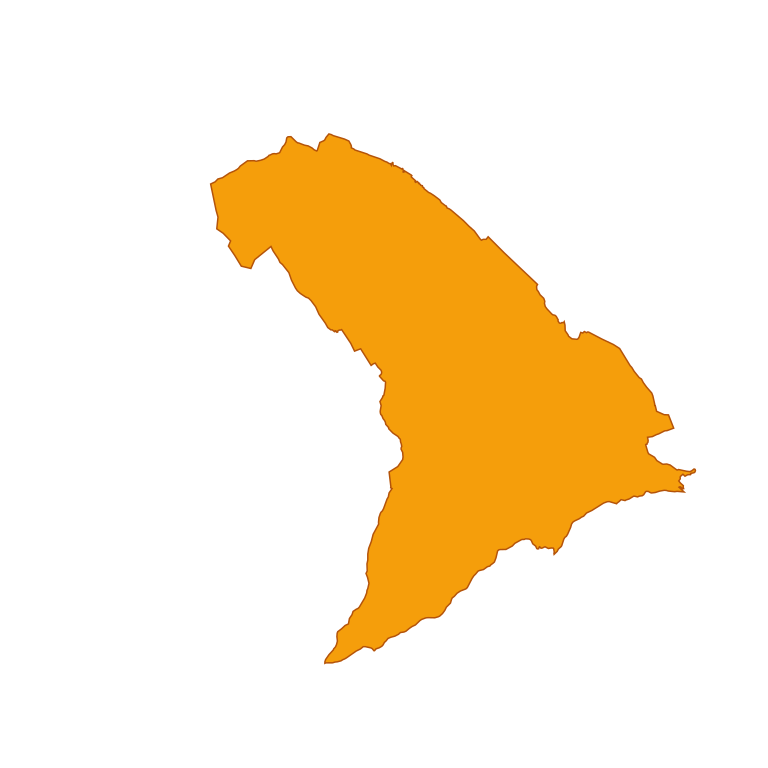 the district of Gradistea, Vâlcea, Romania, rotated 234°
{"feature_id": "2599482B19326472109269", "entity_name": "Gradistea", "entity_type": "district", "adm_level": 2, "iso_a3": "ROU", "parent_name": "Romania", "parent_adm1": "Vâlcea", "projection": "equal_earth", "projection_center": [23.805, 44.907], "detail": "fine", "context": "isolated", "style": "filled", "palette": "amber", "viewbox_px": 768, "rotation_deg": 234, "n_neighbors": 0, "source": "geoboundaries", "source_scale": "gbopen_adm2", "svg_char_len": 6171}
<svg xmlns="http://www.w3.org/2000/svg" viewBox="0 0 768 768"><g transform="rotate(234 384 384)"><path d="M207.2,590.8L207.5,590.4L208.9,591.3L216.3,594.5L219.3,595.3L227.3,594.6L232.7,594.6L236.7,595.2L239.2,594.2L247.2,593.8L251.7,594.2L254.2,593.9L274.2,595.5L281.1,592.8L292.3,586.7L305.8,580.0L306.4,579.2L306.5,578.0L308.7,576.9L308.4,574.8L310.1,573.5L307.1,569.2L306.5,567.1L306.8,566.3L310.1,562.6L314.1,561.4L315.7,561.8L320.6,561.9L325.2,565.0L328.5,566.4L328.2,565.6L328.4,564.8L329.1,564.2L329.2,563.0L329.7,562.1L330.3,561.7L332.8,561.8L333.5,562.6L337.5,563.1L339.1,562.7L340.7,561.3L341.9,560.9L349.0,560.0L351.9,560.0L354.9,561.2L356.4,562.7L359.4,563.6L364.5,562.7L368.2,563.2L370.5,563.1L373.0,564.6L373.8,565.5L374.2,566.7L374.5,566.7L419.7,558.3L441.9,554.8L441.0,551.7L442.7,549.3L443.1,547.3L444.8,547.0L454.7,547.0L462.0,545.4L469.3,544.3L485.5,540.4L487.4,539.7L489.3,538.5L491.4,539.0L492.0,538.5L497.1,537.0L500.1,537.3L506.5,535.4L511.0,533.7L512.7,532.7L518.0,531.3L518.7,531.2L519.5,531.6L520.9,531.0L521.9,531.6L523.2,530.5L524.1,530.7L525.4,530.1L525.7,530.5L526.2,530.0L526.8,530.2L528.3,529.9L528.5,528.2L529.4,528.0L529.9,529.0L535.3,527.8L535.9,528.2L536.2,529.0L537.0,528.9L543.3,526.3L544.1,524.1L544.4,524.1L544.6,525.8L546.5,525.1L546.9,525.7L547.4,525.7L547.7,524.7L553.9,521.6L554.8,520.0L556.3,520.3L557.8,521.3L558.1,521.2L558.1,520.4L557.3,519.9L557.7,519.3L556.8,518.5L558.5,518.7L559.4,517.7L561.8,516.8L563.5,515.6L568.6,513.1L577.9,506.5L580.1,505.5L590.3,498.1L591.9,497.7L594.3,496.4L595.6,497.4L597.3,497.9L601.2,498.4L605.4,496.0L614.8,488.9L616.7,488.0L618.7,486.4L617.6,482.1L616.2,479.3L616.3,477.8L617.1,474.1L612.1,467.2L612.1,466.5L614.4,465.2L617.3,464.5L621.2,462.6L623.9,460.1L629.1,456.7L629.8,455.9L631.6,455.3L638.8,454.1L640.2,452.0L640.5,451.2L640.2,449.9L637.4,447.0L636.0,444.3L635.4,441.2L632.5,435.6L632.6,434.9L633.6,432.0L635.0,430.5L635.8,428.9L636.2,426.4L636.6,425.5L636.2,423.9L636.4,419.3L637.5,415.7L639.4,411.5L641.0,410.2L644.8,404.7L644.8,395.8L644.0,393.0L644.0,391.0L644.3,388.1L645.5,383.0L645.8,374.6L647.5,370.1L646.8,366.2L647.7,361.3L623.1,350.2L616.6,347.8L607.8,339.9L600.5,342.5L589.9,344.0L587.0,339.2L575.6,338.8L563.2,337.8L555.7,344.2L560.6,352.5L561.7,373.4L556.8,372.5L547.3,372.1L543.4,371.3L540.3,372.1L530.0,372.5L522.4,370.2L513.7,368.8L510.4,368.7L506.5,369.5L502.9,370.8L500.1,371.9L497.9,373.4L494.5,374.0L486.6,374.1L478.6,372.4L467.9,372.3L462.7,371.7L459.1,372.8L458.1,374.0L455.4,374.7L455.2,375.0L455.3,375.6L455.7,375.9L455.5,376.1L453.5,376.3L453.3,376.9L454.1,377.1L453.8,377.7L454.2,378.4L453.7,379.9L453.1,380.7L452.9,381.7L436.4,381.0L427.9,379.5L426.2,385.8L406.6,384.5L406.6,387.3L406.0,389.2L401.4,389.0L396.8,389.7L395.0,389.1L393.8,387.9L393.4,386.9L393.4,385.3L392.9,384.9L386.9,385.5L385.5,386.5L384.5,386.3L379.8,382.4L375.2,377.5L374.9,376.8L375.0,376.1L374.0,374.9L372.2,370.4L368.2,369.0L364.2,364.9L362.7,364.0L361.2,363.5L359.8,363.7L356.5,362.9L355.0,363.0L352.7,362.8L350.2,361.7L346.1,362.1L345.0,361.5L339.0,362.4L333.3,364.5L331.3,364.4L329.7,364.7L327.5,363.4L325.2,362.7L323.1,361.7L322.2,360.3L321.2,359.5L317.7,358.9L313.8,356.5L311.9,354.7L309.1,346.6L309.8,336.4L296.9,329.2L296.1,328.4L294.7,329.1L292.9,324.1L290.1,321.1L289.1,318.8L283.5,310.5L282.3,308.1L282.0,306.1L281.4,304.9L278.9,301.4L275.4,298.3L273.8,297.3L268.8,286.9L264.0,281.1L260.0,275.0L256.0,271.0L251.1,267.4L248.5,264.5L242.6,260.5L241.3,258.1L237.2,257.0L231.6,254.7L228.0,250.6L227.1,249.0L225.1,247.1L222.2,242.6L218.0,232.9L217.7,231.2L218.1,229.1L218.2,225.3L216.2,222.6L214.6,218.2L210.8,214.2L211.5,210.7L210.9,205.8L210.8,201.0L209.9,199.6L207.3,197.4L203.4,195.2L201.1,192.4L199.8,190.1L199.3,187.7L198.6,186.5L197.4,180.5L195.4,174.8L194.0,172.9L192.8,172.0L192.6,173.0L188.6,178.6L187.9,180.8L186.6,183.1L185.3,186.5L185.2,188.6L184.7,190.6L184.5,192.6L184.3,204.5L183.5,209.1L183.7,212.8L182.5,214.5L178.3,218.2L176.9,218.9L174.1,219.1L173.8,219.6L174.4,221.9L173.4,225.1L173.1,228.1L173.5,230.0L174.7,232.4L174.9,234.5L175.8,237.7L175.1,240.7L173.6,244.6L173.0,248.6L173.3,251.2L171.6,254.4L171.1,256.5L171.4,261.0L171.3,264.2L170.6,267.8L171.5,274.0L171.4,276.1L170.2,280.4L169.1,282.3L165.0,287.7L163.8,291.0L163.5,292.6L163.9,296.4L165.1,300.1L166.8,303.3L167.7,309.0L170.1,312.1L170.8,313.4L170.9,316.2L171.8,320.1L171.6,324.2L170.1,329.8L170.3,331.7L174.9,340.9L176.0,343.9L176.4,346.5L177.3,349.9L177.2,351.0L175.4,355.5L175.4,360.4L174.5,362.6L174.9,364.1L174.9,366.7L175.1,368.7L177.6,372.5L182.1,377.7L182.4,379.1L181.9,380.5L178.5,385.4L177.5,392.6L178.2,396.2L177.3,403.5L177.1,404.3L175.9,406.0L175.5,407.6L173.4,410.1L171.9,411.1L170.5,411.1L167.3,410.4L163.7,411.4L161.2,410.9L160.5,411.1L159.8,412.2L160.9,413.8L160.8,414.3L159.4,414.3L158.8,414.6L158.3,415.5L157.7,418.6L154.3,420.3L153.1,422.8L151.7,424.5L151.1,424.5L147.9,422.9L147.2,422.0L146.2,421.5L146.8,425.7L148.0,428.1L148.3,431.6L148.7,432.7L152.8,438.3L153.6,440.2L153.6,442.0L154.5,444.2L158.3,450.7L160.5,453.5L161.2,455.5L161.2,457.6L160.2,462.9L160.2,465.5L159.7,467.8L160.6,472.0L159.5,477.9L158.6,491.6L157.6,495.3L156.5,497.1L150.4,501.8L150.7,502.8L150.7,505.0L151.1,507.8L148.0,510.5L147.9,511.7L146.9,514.7L146.5,519.9L146.0,520.7L143.6,522.8L143.2,524.7L141.8,527.3L141.8,529.1L143.0,532.1L143.0,533.1L141.7,534.7L139.3,535.8L138.6,536.4L136.8,539.6L135.3,544.1L133.3,548.2L132.0,549.8L130.4,551.0L128.2,553.4L126.0,555.9L124.9,558.0L120.3,563.3L127.1,562.0L127.0,562.8L126.5,563.4L123.6,564.1L123.2,564.9L124.6,565.4L125.8,566.4L129.7,565.6L132.3,565.5L133.1,567.9L134.4,568.7L135.0,569.5L135.3,572.8L132.5,573.3L132.1,576.4L130.5,578.7L130.6,579.1L131.4,579.5L130.0,582.7L130.0,583.7L130.8,585.0L132.0,585.5L133.0,584.9L132.9,581.8L133.4,579.9L135.6,577.5L141.7,572.0L141.8,571.1L142.6,570.3L150.2,567.9L153.0,565.8L155.1,562.5L155.9,562.0L161.7,559.7L165.7,559.8L171.9,557.1L173.6,557.3L181.1,560.0L181.2,560.4L180.7,561.3L181.4,562.1L181.6,563.1L182.9,564.4L186.0,565.9L183.7,570.2L182.9,574.7L182.2,576.9L181.1,583.6L179.9,585.6L178.0,592.4L191.8,596.0L194.5,592.6L201.7,588.5L207.2,590.8Z" fill="#f59e0b" stroke="#b45309" stroke-width="1.5"/></g></svg>